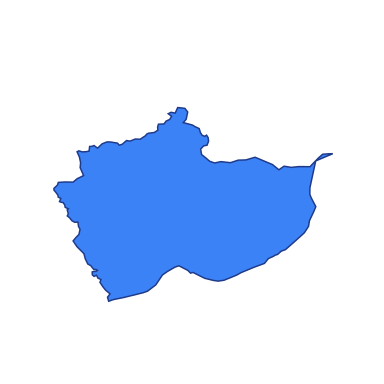 the district of Sykopetra, Limassol, Cyprus, rotated 141°
{"feature_id": "46923920B4019761469053", "entity_name": "Sykopetra", "entity_type": "district", "adm_level": 2, "iso_a3": "CYP", "parent_name": "Cyprus", "parent_adm1": "Limassol", "projection": "mercator", "projection_center": [33.109, 34.881], "detail": "fine", "context": "isolated", "style": "filled", "palette": "blue", "viewbox_px": 384, "rotation_deg": 141, "n_neighbors": 0, "source": "geoboundaries", "source_scale": "gbopen_adm2", "svg_char_len": 2293}
<svg xmlns="http://www.w3.org/2000/svg" viewBox="0 0 384 384"><g transform="rotate(141 192 192)"><path d="M292.8,144.3L289.0,142.9L278.6,142.6L267.2,146.1L261.2,145.7L252.8,144.4L248.6,142.9L244.6,133.8L244.2,129.9L241.8,128.8L237.2,118.6L236.4,116.9L231.1,109.9L227.8,106.3L222.7,103.3L215.9,101.2L209.5,99.3L204.7,98.5L200.0,97.1L191.2,94.5L180.6,90.9L174.6,92.2L168.7,90.7L167.5,90.7L164.7,89.6L160.0,89.9L155.6,88.4L141.4,89.0L130.3,89.6L123.0,92.0L118.9,95.7L109.2,100.4L105.0,102.7L103.0,112.5L101.9,116.0L97.7,121.1L76.3,138.3L58.5,133.2L61.8,135.7L63.8,137.1L66.7,139.1L72.3,138.9L82.9,137.6L84.2,137.3L93.4,144.8L99.4,148.7L104.2,154.1L110.5,154.6L112.2,162.7L121.1,179.3L129.9,183.0L136.1,187.7L143.7,190.6L150.4,197.4L156.1,200.3L158.8,204.5L159.3,206.8L159.8,209.8L161.0,215.0L158.3,219.9L153.9,220.5L150.9,218.9L147.2,221.0L145.3,224.0L144.9,227.0L147.1,227.3L148.4,229.7L148.1,232.8L146.5,236.8L148.4,240.6L149.6,243.9L155.1,251.4L150.7,252.2L145.0,256.9L144.9,261.5L148.7,265.4L149.9,266.5L150.0,266.6L155.4,263.9L158.1,267.1L161.2,267.8L160.2,263.7L163.7,262.4L167.5,263.4L170.9,262.5L175.4,265.8L177.9,264.1L179.6,261.5L183.9,262.0L188.9,265.1L190.9,265.5L192.7,265.0L199.2,265.7L202.6,268.8L208.2,270.6L210.5,273.2L216.1,273.0L219.1,274.2L219.1,276.8L223.9,282.2L226.5,284.4L231.5,286.0L237.8,285.5L238.9,289.8L240.9,290.4L242.9,291.8L245.3,289.5L246.4,288.5L249.5,290.4L252.0,292.2L254.0,295.2L256.0,295.6L257.5,290.0L260.1,284.9L263.6,281.3L265.9,273.0L272.8,274.6L278.2,274.5L284.5,279.8L289.9,283.6L292.1,282.1L297.0,281.7L298.1,280.3L298.1,279.9L298.0,277.8L298.2,273.9L299.2,272.2L298.0,269.6L301.0,267.9L300.3,266.6L298.7,264.7L299.0,263.5L298.9,262.3L300.2,259.9L298.7,256.8L300.2,256.7L301.8,253.0L304.0,251.9L303.4,249.5L303.4,245.2L302.2,242.3L299.6,240.4L301.9,236.6L302.5,233.5L306.5,230.2L311.2,229.6L315.2,228.8L315.8,221.8L314.8,212.1L317.0,207.2L318.3,201.6L317.0,198.5L317.1,196.2L317.1,195.1L317.0,193.6L315.4,192.2L314.8,190.6L316.5,190.7L318.5,192.2L319.9,192.7L321.6,190.3L321.2,188.0L318.7,187.5L318.8,186.5L319.3,184.2L317.8,181.3L320.4,179.7L320.9,174.1L320.9,170.0L319.8,164.4L323.9,163.4L325.5,159.5L321.1,158.0L321.0,157.9L319.7,157.3L311.5,153.0L311.3,152.9L293.0,144.3L292.8,144.3Z" fill="#3b82f6" stroke="#1e3a8a" stroke-width="1.5"/></g></svg>